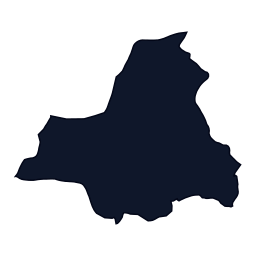 outline of Mustaba, Hajjah, Yemen
{"feature_id": "15242507B50063200488288", "entity_name": "Mustaba", "entity_type": "district", "adm_level": 2, "iso_a3": "YEM", "parent_name": "Yemen", "parent_adm1": "Hajjah", "projection": "mercator", "projection_center": [43.275, 16.274], "detail": "fine", "context": "isolated", "style": "filled", "palette": "ink", "viewbox_px": 256, "rotation_deg": 0, "n_neighbors": 0, "source": "geoboundaries", "source_scale": "gbopen_adm2", "svg_char_len": 3723}
<svg xmlns="http://www.w3.org/2000/svg" viewBox="0 0 256 256"><path d="M140.9,40.3L140.5,40.4L138.5,41.1L136.7,42.2L135.1,43.6L133.9,45.2L133.1,47.2L132.5,49.2L131.8,51.2L131.1,53.3L130.1,55.4L129.1,57.6L128.4,59.5L127.4,61.2L126.3,63.2L125.1,65.4L124.3,67.3L123.4,69.2L122.5,71.1L119.1,74.6L116.6,76.7L116.3,76.9L112.5,93.0L111.9,95.0L111.1,97.3L110.3,99.4L109.5,101.6L108.6,104.1L108.0,105.9L107.1,108.3L106.2,110.0L105.0,111.8L104.4,112.7L95.1,115.8L84.1,118.9L66.3,119.1L65.0,118.8L50.8,115.9L50.9,117.3L49.7,119.2L48.6,121.1L47.2,123.6L45.9,125.5L45.7,125.7L44.6,127.6L43.7,129.2L38.4,134.6L40.3,141.8L40.0,144.0L39.5,146.1L39.2,147.1L39.0,148.0L38.7,150.0L38.2,152.0L37.4,154.4L36.3,156.1L34.6,157.3L32.7,158.0L30.6,158.2L28.6,158.6L26.5,159.1L24.6,159.7L23.4,161.4L22.3,163.1L21.3,165.0L20.3,167.0L19.4,169.0L18.7,170.9L17.9,172.9L16.9,174.6L15.6,176.1L15.4,176.4L16.0,176.3L17.9,177.1L19.6,178.3L21.7,179.2L23.7,179.6L26.3,179.9L28.4,180.1L30.9,180.2L31.1,180.2L33.3,180.2L35.6,179.9L37.9,179.5L40.7,179.2L43.4,179.0L45.9,179.0L48.0,178.9L50.5,178.8L52.7,178.8L55.0,178.9L57.0,179.6L59.2,180.2L61.2,180.6L63.2,180.9L65.3,181.2L67.3,181.3L69.7,181.5L71.8,181.6L74.2,181.8L76.1,182.2L78.2,182.6L80.1,183.0L82.0,183.8L83.6,185.1L84.8,186.9L85.9,188.6L86.7,190.4L87.5,192.5L88.2,194.4L89.1,196.4L89.7,198.3L90.3,200.2L90.9,202.1L91.6,204.1L92.3,206.1L93.2,208.0L94.2,210.0L95.3,211.6L96.6,213.2L99.9,215.0L104.8,217.7L112.2,218.2L114.1,217.4L115.2,218.9L116.1,223.7L117.5,223.3L119.4,221.4L121.2,218.8L122.2,217.1L122.7,214.8L123.6,212.8L125.9,212.8L128.2,213.2L130.3,214.0L138.0,214.4L147.9,220.7L148.5,220.8L149.1,220.7L150.6,220.6L152.7,220.2L155.0,219.1L157.2,217.8L159.1,216.8L166.2,215.8L171.7,211.0L171.9,206.1L171.9,205.7L170.8,201.2L173.4,200.9L175.2,199.8L176.4,199.1L177.2,198.8L177.4,199.3L177.4,199.8L179.0,200.8L180.8,199.8L182.8,198.9L184.9,197.9L185.7,197.6L186.9,197.2L188.9,196.5L190.4,196.0L190.9,195.8L192.9,195.3L195.0,195.0L197.3,194.9L199.3,194.8L200.9,196.1L202.3,197.7L204.3,197.8L206.0,198.3L208.1,198.3L210.6,198.0L213.2,198.0L218.7,200.3L219.4,201.1L221.0,203.3L222.2,204.1L224.9,206.1L227.0,206.3L229.0,206.3L231.0,206.8L232.6,206.0L232.3,204.6L232.6,202.6L233.8,200.7L234.9,199.0L236.1,197.4L237.2,195.6L237.9,193.7L238.0,193.4L238.1,191.6L237.8,189.4L237.6,187.8L237.5,187.3L237.6,185.3L237.8,184.4L236.9,177.9L236.7,176.4L235.9,175.7L235.4,175.4L234.9,175.6L234.4,176.0L233.9,176.0L233.8,175.8L235.0,172.6L240.6,164.7L238.9,163.5L237.1,162.2L235.6,160.8L234.2,159.3L232.6,157.8L231.2,156.3L229.8,154.9L229.4,152.9L229.6,150.4L229.3,148.2L228.2,146.3L226.3,145.2L225.9,145.2L224.3,145.2L222.8,145.1L222.0,144.6L220.4,143.7L218.9,143.0L217.3,142.7L215.2,141.9L213.7,140.6L212.1,139.1L210.6,137.5L210.3,137.0L209.6,135.6L208.9,133.3L209.2,130.8L208.9,128.4L208.1,126.3L206.8,124.5L206.1,122.6L205.5,120.7L204.7,118.9L203.6,116.6L202.6,114.7L201.5,112.9L200.5,111.1L199.6,109.3L198.5,107.6L197.4,105.9L196.1,104.2L195.1,102.4L194.8,100.1L194.8,98.1L195.1,95.8L195.7,93.9L196.5,91.5L197.5,89.6L198.6,87.8L199.6,86.1L201.0,84.3L201.2,84.1L202.5,82.7L204.0,81.3L205.7,79.9L206.0,79.7L207.6,78.3L208.5,76.3L208.4,74.1L207.1,72.4L205.0,71.8L200.7,68.8L198.5,66.1L196.3,63.7L191.7,60.4L189.4,58.5L189.8,56.1L189.9,54.2L189.1,53.4L185.5,52.2L183.6,51.0L181.6,49.7L180.2,48.3L179.3,47.0L179.0,46.6L179.4,44.6L180.5,42.9L181.6,41.3L182.8,39.6L184.0,37.9L184.9,36.2L185.9,34.1L186.7,32.3L185.1,32.5L183.0,32.8L180.9,33.0L178.8,33.3L176.8,33.8L174.9,34.3L174.7,34.4L172.5,35.1L170.2,35.9L167.9,36.9L165.9,37.7L164.0,38.5L162.0,39.1L159.9,39.7L157.9,40.1L155.7,40.2L153.7,40.3L151.7,40.3L149.6,40.3L147.2,40.2L144.8,40.2L142.6,40.1L140.9,40.3Z" fill="#0f172a" stroke="#020617" stroke-width="1.5"/></svg>